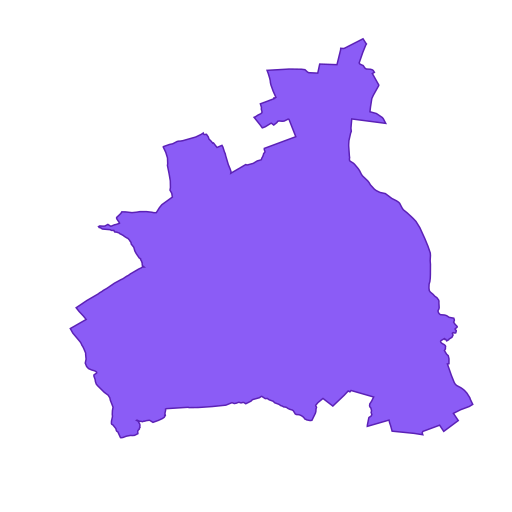 the district of Albesti, Vaslui, Romania, rotated 172°
{"feature_id": "2599482B63481497908108", "entity_name": "Albesti", "entity_type": "district", "adm_level": 2, "iso_a3": "ROU", "parent_name": "Romania", "parent_adm1": "Vaslui", "projection": "natural_earth1", "projection_center": [27.866, 46.507], "detail": "fine", "context": "isolated", "style": "filled", "palette": "violet", "viewbox_px": 512, "rotation_deg": 172, "n_neighbors": 0, "source": "geoboundaries", "source_scale": "gbopen_adm2", "svg_char_len": 6010}
<svg xmlns="http://www.w3.org/2000/svg" viewBox="0 0 512 512"><g transform="rotate(172 256 256)"><path d="M406.5,307.5L406.6,307.3L407.8,307.1L407.3,306.0L406.2,305.7L404.4,304.1L396.6,302.3L395.7,301.5L393.2,301.1L392.6,299.5L390.6,299.0L388.3,297.8L387.4,296.7L386.3,296.2L385.5,295.4L384.5,294.8L383.9,294.0L381.4,291.9L380.4,291.3L379.0,289.2L378.7,288.3L377.9,286.9L377.9,285.2L375.8,281.6L375.3,277.9L374.3,275.1L371.9,270.3L370.7,269.4L370.8,268.4L370.0,266.9L370.1,266.2L369.7,265.4L369.9,262.7L369.6,262.0L368.4,260.7L370.2,260.9L371.3,260.2L374.0,259.4L382.8,255.8L385.2,254.5L386.8,254.0L391.4,251.8L392.4,251.6L399.9,248.8L408.4,244.6L412.0,243.2L413.5,242.3L415.6,241.5L417.8,240.3L429.6,235.5L441.3,229.8L438.9,225.7L435.3,220.6L433.0,216.8L450.0,210.0L448.1,205.1L442.1,195.5L441.3,193.7L440.8,191.8L440.2,190.6L439.5,188.6L438.2,183.6L438.4,182.2L438.6,177.5L440.0,173.7L439.1,170.1L437.5,167.8L434.6,166.0L431.7,164.7L430.1,163.4L430.0,162.5L430.2,162.2L432.9,160.9L433.1,160.5L433.2,159.5L432.5,156.0L432.5,154.0L432.0,151.4L431.0,149.7L425.2,142.1L421.8,138.8L420.5,135.9L420.3,133.4L418.6,126.2L419.7,122.9L420.4,119.1L420.4,117.5L420.6,116.6L422.1,112.6L422.5,110.3L422.3,109.5L421.2,108.6L418.8,104.6L418.6,102.6L418.3,101.9L417.3,101.1L415.5,95.1L415.1,94.8L413.0,94.8L409.5,95.6L405.2,95.8L403.4,95.4L401.2,95.3L397.7,96.5L397.6,98.5L397.3,99.5L395.6,100.9L395.5,101.6L394.7,102.5L394.8,103.2L394.5,104.5L394.5,105.7L395.3,107.5L395.4,108.3L396.0,109.0L397.2,109.9L397.0,110.0L396.4,109.9L394.0,108.3L393.1,108.4L391.5,107.7L389.9,108.1L389.4,107.9L387.6,108.2L384.6,108.2L383.9,107.9L381.2,105.6L375.5,106.8L371.2,108.1L369.3,109.1L368.5,110.1L368.6,110.9L368.0,110.9L368.1,112.8L367.0,115.8L366.9,117.0L366.0,117.3L344.9,115.7L343.9,115.5L343.5,115.2L334.2,114.0L320.2,113.0L306.6,112.5L300.2,114.1L298.0,112.9L295.9,113.0L294.0,113.5L293.2,113.5L291.3,112.6L289.3,112.8L288.4,112.6L286.7,111.1L281.1,113.0L280.0,113.9L279.2,114.3L272.3,115.2L270.4,116.2L269.8,116.2L266.7,113.5L266.3,113.4L264.7,113.4L263.0,111.8L259.1,109.7L258.0,108.1L253.9,105.9L252.3,104.4L251.0,103.8L249.4,102.6L248.4,102.5L246.8,101.8L245.7,100.7L243.9,99.5L241.5,98.4L240.6,97.6L239.1,94.1L238.1,93.4L235.3,92.8L233.3,91.6L231.6,90.0L230.9,89.0L230.4,87.9L229.8,87.4L229.1,87.2L228.7,86.7L225.3,85.5L223.5,85.5L219.1,92.0L218.4,93.6L217.8,96.4L217.1,97.7L217.3,98.4L217.7,99.1L217.7,99.8L215.1,102.2L209.5,105.6L200.8,96.7L188.1,105.8L183.5,109.5L181.9,108.4L180.6,109.6L159.1,100.0L161.7,96.2L163.9,93.7L164.4,91.8L164.1,90.5L163.4,89.5L163.1,86.6L163.8,85.0L163.5,83.9L163.4,82.7L164.2,81.6L165.1,81.0L166.1,80.7L166.8,80.1L169.3,72.9L169.5,71.8L147.1,75.0L146.9,72.4L146.3,69.2L145.6,63.6L124.3,58.4L115.7,55.8L116.0,57.3L116.0,58.0L115.1,59.1L97.7,62.9L94.5,56.2L78.6,64.9L82.4,72.7L74.8,75.3L65.7,77.3L62.0,78.9L63.7,84.2L64.0,85.9L66.2,90.8L68.3,93.9L69.9,95.6L71.4,97.0L75.4,99.9L76.6,101.5L77.3,103.1L79.2,110.8L81.5,122.5L79.9,122.5L79.2,127.3L79.5,130.5L80.9,132.2L82.6,136.1L81.3,137.7L81.3,138.5L80.8,140.2L81.1,141.0L81.8,141.9L84.1,143.7L85.0,144.7L85.1,145.7L84.7,146.4L81.0,148.0L80.6,147.1L79.8,147.2L79.0,145.4L77.8,145.8L77.6,146.1L76.9,146.2L76.3,146.9L73.3,148.2L71.9,150.2L72.3,152.2L71.4,152.7L69.7,152.0L68.9,152.1L68.2,153.7L68.1,154.4L68.9,155.4L69.0,156.1L66.7,157.6L66.6,158.2L68.5,160.9L69.5,163.0L68.6,164.4L68.5,165.3L68.8,166.9L73.3,168.4L75.4,170.3L76.5,170.9L77.8,171.4L81.4,172.2L82.3,172.9L83.1,174.3L83.4,175.7L83.4,176.4L82.2,178.2L81.8,179.4L81.4,184.2L81.1,185.9L81.3,187.0L82.7,189.6L84.5,191.2L86.0,193.4L88.4,196.0L89.2,197.6L89.2,200.2L88.5,204.1L87.4,206.5L86.5,209.9L85.9,213.3L84.4,223.5L84.2,227.1L83.2,232.1L83.0,234.7L84.3,241.5L86.4,249.7L89.8,261.2L92.8,268.0L95.2,271.4L100.4,277.8L103.7,281.3L104.8,283.6L106.4,288.2L107.4,289.5L109.2,291.1L113.5,294.1L119.2,299.8L124.4,301.7L127.9,304.1L129.5,305.7L132.8,310.5L133.8,312.9L134.8,314.7L139.4,320.5L140.3,322.3L141.6,326.2L142.7,328.4L145.7,333.2L146.7,334.4L149.7,336.9L150.1,337.9L150.0,339.1L149.6,340.4L149.6,342.2L148.9,352.1L148.6,354.0L147.9,357.4L147.1,359.5L145.3,364.3L144.3,366.2L144.2,369.4L142.1,378.4L109.1,369.3L110.8,374.1L111.6,375.5L116.9,380.3L123.1,383.0L121.8,387.9L119.4,395.8L117.5,398.8L110.8,407.6L110.6,408.2L115.4,420.5L113.2,421.4L114.1,423.4L115.1,424.3L116.7,425.0L120.7,425.8L121.9,426.8L123.4,429.7L126.3,431.5L127.0,432.8L121.9,442.8L117.9,449.7L117.1,450.6L117.6,451.4L119.8,456.2L139.5,449.4L140.5,449.3L143.2,449.9L143.5,448.4L149.2,434.2L166.2,437.2L169.4,428.5L178.3,430.2L179.4,431.0L181.6,433.7L184.9,434.6L197.0,436.5L219.2,438.3L218.5,435.2L217.7,430.1L217.5,427.6L217.6,425.7L217.4,423.3L216.1,417.0L214.2,410.3L215.3,410.0L216.4,410.0L216.5,409.8L216.1,409.3L230.5,406.1L229.9,402.5L230.3,400.6L230.0,398.3L230.2,397.1L231.5,396.2L234.4,395.3L237.1,394.0L238.6,393.6L233.5,385.0L232.0,382.1L231.8,382.0L228.8,382.7L222.9,385.3L222.2,385.3L220.2,383.2L216.8,385.2L215.7,386.4L214.3,386.5L211.3,385.8L209.4,385.7L205.1,387.1L204.3,386.7L200.0,368.6L232.8,361.4L233.0,360.1L232.6,358.5L232.7,357.7L234.2,356.3L234.7,355.0L235.8,353.1L236.8,351.9L237.0,351.1L237.6,350.5L241.5,350.0L245.9,348.1L251.5,347.4L252.4,347.4L253.4,348.0L269.5,341.4L269.0,343.0L269.5,345.8L270.7,350.4L272.1,359.6L272.2,361.4L272.8,363.6L273.6,368.4L274.3,370.3L279.5,368.9L282.4,373.9L283.1,373.7L284.3,375.7L286.3,378.4L286.7,380.6L288.1,383.4L290.4,383.5L291.2,384.5L291.2,385.1L293.2,384.1L299.2,382.2L312.3,380.4L314.7,380.3L316.8,380.5L318.1,380.4L322.9,378.7L326.1,378.5L332.5,377.2L332.7,376.9L330.9,371.1L330.0,365.4L330.6,359.7L331.1,358.0L330.6,349.4L330.4,342.3L331.2,335.7L332.0,333.2L330.7,329.8L330.6,326.0L342.1,319.9L344.9,317.3L348.7,312.8L351.1,313.1L353.0,313.8L358.3,315.2L364.8,316.1L368.1,316.0L372.8,316.2L379.0,317.8L382.7,318.4L384.0,316.9L388.6,313.6L388.8,313.0L388.6,312.0L386.6,307.8L386.6,307.4L390.1,306.7L391.8,306.6L395.2,305.7L395.9,305.8L398.3,307.9L401.4,306.7L403.1,306.8L406.5,307.5Z" fill="#8b5cf6" stroke="#5b21b6" stroke-width="1.5"/></g></svg>